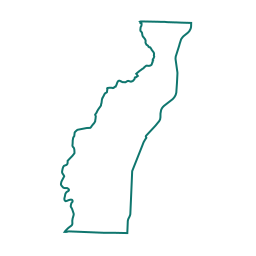 Stonnington, Victoria, Australia (Natural Earth projection), rotated 263°
{"feature_id": "25037944B5658593283329", "entity_name": "Stonnington", "entity_type": "district", "adm_level": 2, "iso_a3": "AUS", "parent_name": "Australia", "parent_adm1": "Victoria", "projection": "natural_earth1", "projection_center": [145.04, -37.861], "detail": "fine", "context": "isolated", "style": "outline", "palette": "teal", "viewbox_px": 256, "rotation_deg": 263, "n_neighbors": 0, "source": "geoboundaries", "source_scale": "gbopen_adm2", "svg_char_len": 5760}
<svg xmlns="http://www.w3.org/2000/svg" viewBox="0 0 256 256"><g transform="rotate(263 128 128)"><path d="M102.8,64.1L102.7,64.1L100.8,63.8L100.1,63.6L99.6,63.3L99.2,62.9L98.8,62.3L98.7,61.7L98.4,60.5L98.2,59.8L97.3,59.0L95.9,58.3L95.4,58.1L93.6,57.5L92.9,57.3L92.4,57.2L91.9,57.2L91.3,57.3L90.8,57.5L88.8,58.5L88.3,58.7L87.9,58.8L87.6,58.7L87.0,58.2L85.8,57.4L84.7,56.6L82.9,55.4L82.4,55.2L81.5,54.9L80.9,54.7L80.4,54.6L80.1,54.6L79.7,54.7L79.2,54.8L78.6,55.2L76.8,56.4L76.5,56.9L76.2,57.4L76.1,58.0L75.9,59.7L75.8,60.2L75.5,60.7L74.6,61.5L74.3,61.8L74.0,61.8L73.6,61.8L73.2,61.6L72.9,61.3L72.7,61.0L72.0,59.4L71.7,59.0L71.3,58.6L70.4,57.9L69.9,57.7L69.4,57.5L68.7,57.3L67.7,57.0L66.8,56.6L66.2,56.4L65.6,56.2L65.1,56.2L64.5,56.2L64.1,56.3L63.6,56.6L63.3,56.8L63.0,57.1L63.0,57.6L63.1,58.4L63.7,60.6L63.8,61.4L63.9,62.2L63.8,62.8L63.7,63.3L63.5,63.7L63.2,63.9L62.7,64.1L62.1,64.1L61.5,63.9L60.9,63.2L60.6,62.9L59.8,62.4L58.6,62.0L57.7,61.7L57.0,61.6L56.4,61.8L55.6,62.2L54.8,62.5L54.2,62.7L51.8,63.2L50.7,63.4L49.9,63.6L49.4,63.6L48.9,63.6L48.2,63.4L47.2,63.0L44.9,62.0L42.8,61.4L40.5,61.2L39.7,61.1L39.2,60.9L38.8,60.7L38.3,60.3L37.7,59.4L37.5,59.1L37.2,58.5L36.8,57.8L35.8,56.2L33.9,53.8L33.5,53.3L32.6,52.5L32.4,53.6L32.4,54.2L32.4,54.5L32.4,54.9L32.6,55.4L32.6,55.8L32.6,56.2L32.6,56.7L31.3,64.7L29.9,73.2L27.0,90.8L26.2,97.1L25.5,102.7L23.8,114.5L35.9,116.5L36.4,116.7L37.2,117.0L37.8,117.3L38.4,117.7L39.7,118.6L40.6,119.1L41.4,119.5L41.9,119.7L42.8,119.9L58.3,122.5L84.7,126.9L108.7,140.0L111.9,141.7L113.5,142.9L114.7,143.8L115.7,144.8L115.9,144.9L116.0,144.9L116.2,145.0L116.4,144.9L116.9,144.7L117.2,144.6L117.5,144.7L117.8,144.8L118.1,145.0L125.4,153.7L127.1,155.7L129.7,158.4L130.9,159.7L132.6,160.9L134.7,161.5L138.4,162.0L141.9,163.1L142.7,163.6L143.7,164.3L144.1,164.7L144.8,165.4L145.2,166.0L145.5,166.3L147.0,168.8L151.1,175.7L151.5,176.2L152.0,176.8L152.4,177.2L153.2,178.0L154.0,178.6L155.0,179.3L155.9,179.7L156.6,180.0L157.4,180.3L158.0,180.4L166.8,182.1L176.0,183.7L176.9,183.8L177.8,183.8L189.8,183.6L190.7,183.6L191.6,183.7L192.3,183.9L193.2,184.1L193.8,184.4L203.2,188.7L205.4,189.6L209.5,191.5L209.8,191.7L210.8,192.6L211.6,193.4L212.3,194.2L215.4,199.2L216.7,200.7L219.0,202.3L219.6,202.5L220.3,202.8L221.7,203.1L224.6,203.5L225.9,194.9L226.2,193.0L226.9,188.9L227.0,188.1L228.3,179.8L228.9,177.2L229.4,173.2L229.8,170.7L231.5,158.8L231.6,158.1L232.2,153.8L232.1,153.2L232.0,153.3L232.0,153.2L231.4,153.0L230.8,153.1L230.8,153.3L230.6,153.4L230.5,153.8L230.4,153.9L230.3,154.1L230.2,154.1L229.7,154.2L228.4,153.9L227.7,153.7L226.8,153.0L226.3,152.8L226.1,152.7L224.7,152.4L224.4,152.3L223.6,152.2L223.2,152.2L222.7,152.3L221.8,153.0L220.8,153.5L218.2,153.6L217.0,153.9L216.8,154.0L216.5,154.3L216.3,154.4L215.8,154.8L214.9,155.2L214.2,155.7L213.7,155.8L213.3,156.0L212.8,156.1L212.2,156.1L211.8,156.0L210.9,155.8L210.4,155.8L209.5,156.1L208.6,156.4L208.3,156.6L207.8,157.3L207.3,157.8L207.0,158.0L206.5,158.2L206.1,158.3L205.5,159.0L205.5,159.5L205.3,159.9L203.7,160.7L203.0,160.9L202.6,161.1L202.0,161.5L201.2,161.9L200.8,162.2L200.5,162.4L199.6,162.7L199.2,162.9L198.4,162.9L198.0,162.8L197.1,162.6L196.7,162.5L196.0,162.7L195.6,162.7L194.9,162.3L194.6,162.1L194.1,161.9L193.7,161.7L193.5,161.4L193.3,161.1L193.0,160.9L192.0,160.9L191.8,161.0L191.7,160.8L191.5,160.6L191.1,160.5L190.9,160.5L190.7,160.5L189.9,160.2L189.7,159.9L189.3,159.7L188.5,159.4L188.1,159.2L187.8,158.9L187.4,158.1L187.2,157.4L187.2,156.9L187.1,156.6L187.2,155.9L187.3,155.3L187.6,154.4L187.6,153.8L187.3,153.2L186.5,151.9L186.3,151.6L186.1,151.3L185.4,150.7L185.3,150.4L185.1,149.9L185.0,149.7L184.9,149.4L184.5,148.8L184.3,148.4L184.0,147.9L183.4,146.8L183.3,146.5L183.1,146.2L182.4,145.2L182.3,144.9L182.1,144.7L181.8,144.2L181.7,144.0L181.4,143.7L181.3,143.4L181.1,143.3L180.8,142.8L178.5,144.1L177.8,142.9L177.4,142.3L177.4,142.1L177.5,141.6L177.5,141.4L177.3,141.0L177.2,140.9L176.2,140.6L175.8,140.4L175.5,140.2L175.3,140.0L175.1,139.7L174.9,139.4L174.5,139.1L173.9,138.2L173.9,137.4L173.6,136.6L174.7,134.1L174.7,133.4L174.6,133.0L174.5,132.8L173.9,131.5L173.8,131.3L173.7,130.7L174.0,129.6L174.1,128.5L174.3,127.9L175.0,127.0L175.1,126.9L175.2,126.5L175.4,126.4L175.6,126.1L176.0,125.2L176.0,124.6L175.8,124.1L175.7,123.9L174.6,123.0L173.7,122.5L172.3,121.9L172.1,121.7L171.6,121.4L171.4,121.3L171.2,121.1L170.8,120.9L170.5,120.7L170.5,119.9L170.1,119.3L169.9,119.0L169.7,118.9L169.5,118.4L169.5,118.1L169.5,117.7L169.9,116.9L170.0,116.0L170.2,114.9L170.2,114.3L170.2,114.0L170.2,113.1L170.2,112.5L170.1,112.3L169.7,112.1L169.1,112.1L168.8,112.2L168.5,112.2L167.6,111.8L166.2,111.5L166.0,111.3L165.7,110.8L165.6,110.3L165.5,110.1L165.4,109.8L165.0,109.2L164.6,109.0L164.5,108.8L164.3,108.7L163.3,108.0L162.9,107.8L162.6,107.6L162.3,107.3L161.8,107.0L161.5,106.8L160.8,106.2L160.5,106.2L160.0,105.8L158.7,105.4L157.8,105.2L156.7,104.9L156.1,104.8L155.6,104.5L154.8,104.2L154.0,104.0L153.6,103.9L152.1,102.6L151.6,102.1L151.3,101.8L149.8,100.5L148.6,99.6L147.7,99.0L147.2,98.8L146.6,98.2L145.6,97.3L145.2,97.0L144.8,97.1L144.5,97.2L143.8,97.4L143.1,97.4L142.6,97.2L141.1,96.9L140.0,96.5L138.8,96.3L138.2,95.9L137.6,95.5L136.6,94.6L136.3,94.3L136.1,93.9L135.2,93.1L135.0,92.8L134.0,91.9L133.8,91.8L132.8,90.7L132.8,90.2L132.8,89.1L132.9,88.7L133.0,87.3L133.0,86.7L132.4,78.1L132.3,77.5L131.8,76.7L130.5,74.9L130.2,74.7L129.8,74.5L129.7,74.4L129.1,74.3L127.5,73.9L127.0,73.8L126.6,73.7L126.3,73.5L125.5,72.7L124.7,72.3L123.0,71.8L122.3,71.6L121.6,71.5L119.1,71.1L118.7,71.0L118.3,70.9L117.2,70.7L116.6,70.8L116.3,70.9L116.0,71.0L115.3,71.6L115.0,71.7L114.6,71.9L114.0,72.0L112.8,72.1L110.2,71.9L109.4,71.7L109.2,71.5L108.6,70.9L107.8,70.1L107.2,69.5L104.2,65.8L103.6,65.1L103.1,64.5L102.8,64.1Z" fill="none" stroke="#0f766e" stroke-width="2"/></g></svg>